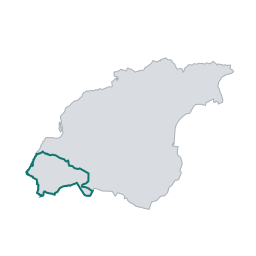 where Sistan and Baluchestan sits in Iran, rotated 108°
{"feature_id": "IRN-3247", "entity_name": "Sistan and Baluchestan", "entity_type": "Province", "adm_level": 1, "iso_a3": "IRN", "parent_name": "Iran", "parent_adm1": "", "projection": "mercator", "projection_center": [61.271, 28.254], "detail": "fine", "context": "in_parent", "style": "outline", "palette": "teal", "viewbox_px": 256, "rotation_deg": 108, "n_neighbors": 0, "source": "natural_earth", "source_scale": "10m", "svg_char_len": 8162}
<svg xmlns="http://www.w3.org/2000/svg" viewBox="0 0 256 256"><g transform="rotate(108 128 128)"><path d="M130.3,74.4L132.9,74.5L137.7,72.9L138.2,72.5L139.6,69.2L141.3,67.7L144.2,65.9L146.1,65.3L152.7,65.6L153.1,64.2L154.3,63.5L161.4,63.9L162.5,65.0L162.9,66.9L168.9,68.6L170.1,69.1L171.5,70.5L172.7,70.9L174.3,70.3L175.2,70.7L176.8,70.3L181.4,72.4L182.0,74.5L182.8,75.5L183.8,76.4L187.5,78.0L188.6,78.9L191.2,82.8L198.6,82.7L199.1,83.5L199.0,85.2L199.5,89.1L198.9,90.6L199.9,91.8L199.7,94.3L200.1,96.0L199.3,98.3L198.4,98.8L198.9,100.8L198.1,102.8L198.2,103.6L197.1,105.3L197.0,105.9L194.9,107.5L196.4,109.8L194.1,109.9L192.6,112.3L193.0,115.2L192.6,116.7L192.8,117.5L193.4,118.1L196.6,118.7L196.7,119.1L193.3,123.2L193.5,124.9L195.9,133.2L195.5,137.4L195.8,141.7L203.7,142.9L204.6,144.0L205.2,146.4L205.2,148.1L204.9,149.0L196.0,159.7L200.5,165.0L200.7,166.2L203.4,171.3L205.9,174.0L210.3,175.4L212.3,177.3L214.1,177.2L214.0,179.8L214.7,185.2L214.1,187.7L215.6,188.2L218.0,187.8L218.9,188.3L219.3,189.2L218.7,189.7L218.8,191.8L218.2,192.3L217.9,194.2L214.4,194.3L211.1,195.2L209.9,195.9L209.2,197.4L208.2,197.2L207.8,197.8L205.5,198.7L204.6,202.8L203.8,203.7L203.0,209.5L202.5,209.6L201.4,210.6L194.3,208.7L193.6,207.3L192.8,207.0L191.8,208.4L188.2,207.6L187.0,207.8L186.3,207.4L184.4,207.4L182.8,206.6L179.0,207.3L176.6,205.8L174.1,205.4L171.0,205.4L168.4,204.4L167.1,204.8L166.5,204.0L162.7,203.3L161.5,200.7L161.5,199.4L160.5,197.2L160.2,193.9L159.4,191.5L157.8,189.6L153.5,188.4L151.2,189.0L149.5,190.1L146.8,190.8L144.6,193.0L143.4,192.8L138.3,195.8L137.2,195.7L133.5,193.8L131.8,193.4L128.3,193.4L126.4,192.1L125.9,191.1L121.5,189.0L118.7,187.1L117.9,185.3L116.7,184.0L114.0,182.9L112.4,181.7L108.3,181.3L105.3,178.4L105.3,177.5L103.6,174.3L103.3,172.0L102.9,171.4L101.4,170.5L101.2,169.8L101.5,168.4L99.6,167.5L99.3,166.8L99.4,164.5L94.8,159.0L93.9,156.0L93.0,155.9L89.0,157.8L87.8,156.7L84.2,154.8L83.7,154.1L84.6,153.7L85.5,154.0L86.1,153.6L85.8,153.0L84.9,152.6L83.7,152.6L84.1,153.2L82.9,153.8L82.7,154.6L82.9,156.8L82.5,157.5L80.6,157.9L79.4,158.6L78.4,157.7L78.0,156.1L77.4,155.0L76.4,154.6L75.6,153.6L74.4,153.1L74.3,147.3L71.2,147.1L71.2,142.7L72.6,138.3L69.6,134.4L68.3,131.3L67.5,130.7L65.9,130.8L60.7,126.7L58.8,125.6L56.3,125.3L56.0,123.8L56.7,122.2L55.5,120.1L55.1,119.5L54.1,119.2L54.1,117.9L52.8,118.0L50.3,114.3L49.6,113.8L50.9,111.0L49.9,108.7L50.5,106.8L51.8,106.8L52.2,104.3L54.5,101.6L56.5,100.4L56.7,99.6L56.3,98.2L55.0,96.4L55.2,94.9L55.6,94.1L57.8,93.3L57.9,92.9L56.9,92.4L53.2,92.4L51.1,90.5L49.2,90.1L48.1,86.1L47.8,85.6L46.9,85.5L46.3,84.7L46.0,82.1L44.7,80.9L43.6,76.9L43.5,75.9L43.8,75.0L41.8,73.3L41.5,70.6L41.9,70.0L39.5,68.1L38.4,68.0L38.3,67.6L39.9,63.5L40.6,62.5L39.1,61.9L39.1,59.8L38.7,58.1L38.9,56.4L37.9,55.2L37.7,54.5L38.0,52.7L37.1,51.8L36.5,49.8L40.0,49.3L40.6,46.3L41.9,45.0L44.1,46.5L47.1,51.3L49.0,52.7L50.3,54.3L56.9,56.0L58.3,55.5L60.5,55.6L63.4,52.6L64.6,52.2L68.0,49.2L72.1,46.5L74.2,46.0L77.3,49.5L75.5,50.6L75.2,51.5L75.4,52.3L76.8,53.2L77.0,54.2L76.5,54.7L74.7,55.2L74.2,56.2L76.2,57.8L77.1,59.1L78.2,59.5L79.9,61.6L82.5,61.3L83.0,66.4L84.5,70.5L87.2,72.3L94.4,73.6L95.2,74.4L96.4,76.7L98.2,78.3L103.8,81.5L109.9,83.1L114.0,83.0L128.9,79.3L130.3,79.3L128.1,80.2L128.9,80.6L130.8,80.6L131.3,80.3L131.3,79.7L130.3,74.4ZM151.9,191.4L151.0,192.6L149.6,193.7L148.6,193.4L144.6,195.0L143.5,194.9L143.4,194.4L147.8,192.5L148.0,192.0L147.8,191.1L149.2,191.5L150.8,190.7L152.1,190.5L152.7,191.0L151.9,191.4Z" fill="#d9dde1" stroke="#a8b0b8" stroke-width="1"/><path d="M203.2,142.8L203.7,142.9L204.0,143.0L204.5,143.6L204.6,143.8L204.5,144.3L204.5,144.5L204.9,145.2L204.9,145.4L205.0,145.7L205.0,145.8L205.1,146.2L205.3,146.6L205.3,146.8L205.3,147.0L205.2,147.2L205.1,147.6L205.1,148.5L205.0,148.8L204.9,149.0L204.1,150.0L202.9,151.4L201.9,152.7L201.1,153.7L200.1,154.9L199.5,155.5L198.7,156.5L197.3,158.2L196.5,159.1L196.0,159.7L196.8,160.6L197.3,161.2L197.9,162.0L198.6,162.8L199.3,163.7L200.1,164.6L200.3,164.8L200.5,164.9L200.7,165.0L200.8,165.3L200.7,165.5L200.6,165.9L200.6,166.1L200.7,166.3L201.0,166.6L201.1,166.8L201.2,167.2L201.2,167.3L201.3,167.4L201.4,167.5L201.5,167.5L201.8,167.9L201.8,168.0L202.0,168.1L202.1,168.3L202.0,168.5L201.9,168.5L202.0,168.7L202.1,168.8L202.3,169.0L202.7,169.9L202.8,170.1L202.8,170.3L202.8,170.5L203.1,170.8L203.4,171.4L203.7,171.7L204.6,172.6L205.0,173.1L205.6,173.7L205.9,174.0L206.1,174.1L206.7,174.3L207.1,174.5L207.4,174.6L208.1,174.7L208.4,174.7L209.1,175.1L210.4,175.3L210.7,175.5L210.8,175.6L210.9,175.9L211.1,176.0L211.3,176.0L211.5,176.4L211.6,176.6L212.2,177.3L212.4,177.4L214.0,177.1L214.2,177.6L214.1,178.7L213.9,179.9L214.1,180.6L214.4,181.7L214.4,182.3L214.5,183.2L214.5,183.7L214.6,184.7L214.7,185.3L214.6,185.7L214.1,186.8L214.3,187.0L214.3,187.3L214.3,187.5L214.2,187.6L214.4,188.1L214.5,188.1L214.8,188.1L215.1,188.2L215.4,188.3L215.7,188.2L216.2,188.1L216.5,188.1L217.0,187.9L217.4,187.9L217.5,187.9L218.0,187.8L218.5,188.0L218.8,188.2L218.9,188.3L219.0,188.4L219.1,188.6L219.5,189.3L219.3,189.2L219.1,189.2L218.9,189.3L218.8,189.5L218.7,189.7L218.6,189.8L218.6,190.0L218.7,191.2L218.7,191.4L218.9,191.5L218.9,191.9L218.8,192.0L218.4,192.1L218.2,192.2L218.2,192.3L218.1,193.9L218.0,194.3L217.8,194.5L217.7,194.5L217.5,194.4L217.4,194.4L217.1,194.4L216.7,194.4L216.3,194.4L215.5,194.3L214.7,194.3L214.1,194.3L213.9,194.4L213.8,194.6L213.7,194.7L213.3,194.8L213.2,194.8L213.1,194.7L212.9,194.8L212.6,195.0L211.0,195.2L210.9,195.2L210.8,195.4L210.7,195.4L210.4,195.4L210.3,195.5L210.1,195.6L209.9,195.7L209.7,195.8L209.7,196.0L209.8,196.0L209.7,196.3L209.4,196.6L209.4,197.0L209.5,197.2L209.5,197.3L209.3,197.4L208.9,197.4L208.5,197.2L208.1,197.2L208.0,197.4L207.9,197.7L207.8,197.8L207.5,197.9L207.3,197.9L207.1,198.0L206.7,198.2L205.6,198.6L205.4,198.7L205.2,199.0L205.2,199.4L205.1,200.0L205.0,200.6L204.9,201.2L204.8,202.1L204.7,202.8L204.6,203.0L204.3,203.2L204.1,203.2L203.9,203.3L203.7,203.6L203.8,203.9L203.9,204.4L203.9,204.7L203.8,204.8L203.7,204.9L203.6,205.0L203.5,205.8L203.5,206.7L203.4,207.8L203.4,208.6L203.1,209.5L203.0,209.4L203.0,209.2L202.8,209.1L202.7,209.0L202.6,209.3L202.7,209.5L202.8,209.5L202.6,209.5L202.4,209.4L202.1,209.6L202.3,209.7L202.4,209.8L202.2,210.1L202.2,210.3L202.0,210.5L201.5,210.6L201.4,211.0L199.8,210.5L199.2,210.3L199.2,210.2L199.1,209.9L197.8,209.4L196.2,209.2L194.9,208.9L194.0,208.7L193.8,208.7L194.0,208.5L193.8,208.2L193.7,208.1L193.7,207.5L193.7,207.4L193.4,207.0L193.2,206.9L192.9,206.9L192.2,207.1L192.0,207.4L191.8,207.6L191.7,207.7L191.8,207.8L191.8,208.0L192.0,208.1L192.3,208.3L192.2,208.3L192.5,208.5L192.4,208.6L192.0,208.4L191.6,208.3L191.4,208.2L191.0,208.2L190.7,207.9L190.8,207.8L190.9,207.7L190.7,207.7L190.2,207.7L189.9,207.7L189.8,207.8L190.0,208.1L190.0,208.3L189.7,208.3L189.5,208.1L189.4,208.1L189.1,208.1L188.9,207.9L188.4,207.8L187.9,207.9L187.4,207.9L187.1,208.2L186.7,208.0L186.3,207.7L185.9,207.5L184.8,207.6L184.3,207.6L183.6,207.4L183.2,207.0L182.8,206.8L182.3,206.9L181.2,207.1L180.9,207.1L180.9,206.9L181.1,206.8L181.1,206.6L181.1,206.4L180.9,206.2L180.5,205.7L180.4,205.5L180.3,205.3L180.2,205.1L180.0,204.9L179.8,204.8L179.5,204.6L179.5,204.2L179.2,203.7L177.4,202.1L177.1,201.9L176.9,201.9L176.9,201.7L176.9,201.3L177.1,201.1L177.4,200.6L177.5,200.2L177.5,199.5L177.6,199.2L177.7,198.7L177.9,198.5L178.0,198.1L177.9,197.7L177.6,197.3L177.4,196.7L177.7,196.2L178.0,195.8L178.0,195.5L177.7,195.2L177.8,194.5L178.0,193.7L177.5,192.7L176.8,191.8L176.6,191.1L176.6,190.4L176.6,190.0L176.4,189.1L176.4,188.1L177.5,183.8L177.6,182.6L177.5,178.9L178.6,177.4L178.9,176.5L178.6,175.9L177.8,175.3L177.5,174.8L178.0,174.5L179.1,174.1L181.3,172.8L181.7,172.5L182.0,172.2L182.0,171.8L181.9,171.4L181.6,170.8L181.6,169.9L181.5,169.2L181.6,168.5L182.4,167.3L182.7,166.2L182.7,165.2L182.4,162.9L182.0,162.0L181.6,161.7L181.4,161.5L181.5,160.5L183.4,151.5L183.7,151.4L190.8,149.3L191.3,149.4L191.7,149.8L191.9,150.0L192.8,150.2L193.9,151.1L195.4,153.2L196.2,153.9L197.5,153.8L197.8,153.7L198.0,153.5L198.0,153.1L197.5,151.0L197.4,150.1L197.6,147.2L198.1,145.6L198.7,144.2L198.8,142.8L198.7,142.2L200.3,142.4L202.1,142.7L203.2,142.8Z" fill="none" stroke="#0f766e" stroke-width="2"/></g></svg>